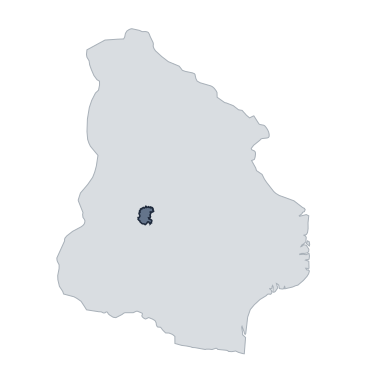 Igabi, Kaduna, Nigeria (highlighted), rotated 277°
{"feature_id": "59680162B83099166959131", "entity_name": "Igabi", "entity_type": "district", "adm_level": 2, "iso_a3": "NGA", "parent_name": "Nigeria", "parent_adm1": "Kaduna", "projection": "mercator", "projection_center": [7.565, 10.746], "detail": "fine", "context": "in_parent", "style": "filled", "palette": "slate", "viewbox_px": 384, "rotation_deg": 277, "n_neighbors": 0, "source": "geoboundaries", "source_scale": "gbopen_adm2", "svg_char_len": 6632}
<svg xmlns="http://www.w3.org/2000/svg" viewBox="0 0 384 384"><g transform="rotate(277 192 192)"><path d="M320.3,70.4L332.2,87.1L334.6,99.5L335.6,105.5L337.6,106.3L341.3,106.6L343.9,107.8L345.6,109.8L346.6,111.7L346.7,112.8L346.0,120.2L345.1,122.9L345.6,126.6L345.4,128.1L345.0,129.2L343.4,130.4L341.1,131.6L335.7,135.1L334.2,135.6L332.0,135.7L330.0,136.6L327.7,138.5L322.7,145.5L318.5,152.6L315.3,164.0L311.6,167.6L310.9,170.7L310.3,177.9L309.7,180.0L309.1,180.6L305.1,182.0L302.7,183.6L301.4,186.8L299.6,197.8L298.9,199.6L297.6,201.5L295.5,203.5L293.8,204.7L289.1,205.4L284.7,213.6L284.6,215.1L282.7,222.5L279.3,228.1L279.1,231.8L274.8,236.7L272.6,240.1L274.9,243.6L275.1,244.1L267.8,250.1L267.3,251.0L267.0,255.1L266.5,256.2L265.1,257.7L263.2,259.3L261.2,260.6L258.9,261.5L256.7,261.8L255.5,261.3L254.8,260.1L253.6,255.1L253.0,254.0L251.6,253.0L245.9,247.5L242.5,245.5L241.8,245.7L241.2,246.2L240.3,249.0L239.3,250.0L237.5,250.4L234.4,250.4L232.1,250.0L231.6,249.4L230.5,247.3L223.6,252.3L221.1,253.4L218.0,259.4L213.6,262.3L210.6,264.9L202.5,273.0L200.8,275.4L199.2,279.0L195.7,294.2L190.1,303.6L189.4,305.7L189.1,305.6L188.3,306.5L186.2,305.9L185.2,304.1L183.8,303.8L181.5,301.3L181.0,301.7L183.5,308.2L182.6,310.8L175.7,310.9L169.8,311.7L165.8,311.6L163.7,310.7L162.8,308.3L162.5,308.5L162.3,309.8L161.0,310.9L156.4,311.1L154.4,309.4L152.8,307.5L151.0,306.7L151.3,307.5L153.3,309.3L153.1,311.9L149.4,315.0L147.1,315.1L145.6,313.8L144.9,311.7L144.5,308.5L143.6,306.5L143.0,306.5L143.7,309.9L143.7,313.1L145.4,315.6L142.8,316.4L139.6,316.4L139.1,315.5L138.7,313.5L138.2,312.9L137.5,316.4L130.9,317.4L130.0,317.2L129.8,316.6L130.3,315.6L130.2,314.1L128.7,315.3L128.5,317.7L127.6,318.1L125.1,317.7L122.4,316.5L117.9,313.4L112.5,308.5L111.6,306.2L110.0,303.5L107.2,295.9L107.7,295.6L108.9,296.0L109.6,295.3L107.3,294.8L106.8,294.2L106.7,292.5L106.8,290.5L110.2,289.4L111.0,288.2L111.5,286.9L107.2,288.8L103.3,286.7L102.4,285.4L102.8,284.4L107.4,284.3L109.1,283.4L108.1,283.0L106.3,283.1L105.7,282.4L105.7,280.9L105.1,281.2L104.4,282.6L101.7,283.6L100.1,282.6L100.0,280.3L99.6,279.3L98.3,278.5L93.6,272.6L87.7,267.6L82.5,264.2L74.6,262.5L58.0,262.6L57.1,262.1L58.1,261.3L59.5,260.8L64.9,258.0L64.0,257.7L58.4,259.4L56.5,259.6L54.1,262.9L37.8,263.6L37.8,262.1L38.5,257.7L39.5,254.7L38.4,251.0L38.2,247.7L38.9,246.6L39.1,245.4L38.9,236.8L39.8,235.6L39.8,234.7L38.1,231.1L38.1,228.3L37.8,225.6L37.3,224.3L37.9,213.9L37.7,211.3L38.2,209.5L38.5,204.9L38.5,200.5L39.6,193.5L46.6,192.6L48.3,189.9L49.2,186.4L48.9,183.0L51.2,180.0L53.9,177.3L53.8,174.4L54.6,173.5L55.9,172.8L57.7,172.4L59.8,171.0L61.0,168.4L62.1,164.3L60.3,161.5L60.4,160.8L61.0,159.3L62.1,157.8L63.0,157.3L65.0,157.7L65.7,157.1L67.0,152.5L66.9,151.3L65.0,148.3L64.0,140.1L63.4,139.0L61.9,137.5L58.0,131.7L58.1,129.0L59.7,125.5L60.8,123.8L62.3,122.8L62.6,122.0L62.2,121.0L61.4,120.3L61.2,118.7L62.0,116.5L61.8,114.1L62.2,101.7L65.3,99.2L70.0,95.2L72.3,90.9L73.6,87.7L75.1,77.0L77.6,75.8L82.2,71.9L88.5,69.6L92.6,68.9L99.8,69.4L103.5,69.0L106.6,66.9L108.0,66.3L110.0,65.9L127.9,71.5L129.6,71.3L130.9,71.6L133.2,73.1L138.4,78.3L144.0,86.3L145.7,88.0L147.4,89.0L149.2,89.3L150.5,89.2L151.8,88.4L153.5,86.9L156.2,86.2L158.3,86.3L169.5,80.2L170.6,80.1L177.4,81.4L186.8,87.6L194.4,91.6L199.8,93.0L206.1,93.9L216.9,94.2L225.0,85.6L228.0,83.7L231.6,82.0L239.2,80.4L251.7,79.3L263.4,79.8L270.7,81.3L278.4,84.1L281.7,86.8L286.9,87.2L290.7,86.7L291.9,84.0L295.6,80.5L301.2,77.2L305.8,74.9L309.6,73.9L313.0,71.3L315.6,70.5L320.3,70.4ZM156.9,314.4L154.3,315.2L152.7,315.0L155.0,311.6L156.1,312.3L157.6,312.6L156.9,314.4Z" fill="#d9dde1" stroke="#a8b0b8" stroke-width="1"/><path d="M159.7,153.8L159.8,153.7L159.8,153.4L159.8,153.2L159.9,152.8L160.0,152.8L160.0,152.6L160.3,152.5L160.3,152.4L160.5,152.3L160.8,152.2L160.8,152.3L161.0,152.4L161.0,152.5L161.1,152.4L161.1,152.5L160.9,152.7L160.9,152.8L161.0,152.8L161.1,153.0L161.3,153.2L161.3,153.3L161.3,153.5L161.5,153.6L161.9,153.6L162.0,153.7L162.2,153.8L162.5,153.8L162.6,153.5L162.8,153.5L163.0,153.5L163.3,153.4L163.6,153.2L163.9,153.4L164.0,153.4L164.5,153.1L165.1,153.4L165.2,153.5L165.3,153.6L165.6,153.6L165.8,153.7L166.0,153.7L166.2,153.8L166.4,153.7L166.5,153.8L166.7,153.5L166.7,153.1L167.0,152.9L167.1,153.0L167.2,153.3L167.3,154.0L167.2,154.1L167.1,154.3L167.1,154.7L167.2,154.8L167.2,155.0L167.3,155.2L167.5,155.4L167.5,155.6L168.0,156.0L168.0,155.8L168.2,155.7L168.3,155.7L168.6,155.6L169.0,155.7L169.2,155.4L169.6,155.5L169.8,155.6L170.2,155.3L170.2,155.2L170.4,155.2L170.4,155.3L170.5,155.4L170.8,155.3L171.0,155.2L171.1,154.8L171.2,154.7L171.4,154.7L171.5,154.6L171.7,154.4L171.7,154.2L171.7,153.9L171.7,153.7L171.9,153.3L171.9,153.2L172.1,153.0L172.1,152.9L171.9,153.0L171.3,153.3L171.3,153.2L171.2,153.1L171.2,152.8L171.3,152.5L171.3,152.3L171.5,152.1L171.5,151.9L171.6,151.7L171.6,151.3L171.6,151.2L171.5,150.9L171.8,150.8L172.0,150.8L172.1,150.7L171.9,150.5L171.9,150.4L171.7,150.1L171.6,149.8L171.5,149.3L171.4,149.2L171.2,149.1L171.1,148.8L172.0,148.4L171.8,148.1L171.8,147.8L171.9,147.7L171.6,147.6L171.3,147.6L171.2,147.6L171.0,147.4L170.9,147.2L170.6,147.0L170.4,146.9L170.3,146.7L170.2,146.6L170.2,146.3L170.2,146.2L170.7,145.5L170.4,145.2L170.1,144.9L169.8,144.6L169.6,144.2L169.4,144.3L169.2,144.3L169.2,144.2L169.1,143.9L168.9,143.7L169.0,143.3L169.0,143.2L168.9,143.0L168.6,143.0L168.4,143.0L168.2,143.2L167.9,143.1L167.9,142.9L167.7,142.8L167.6,142.7L167.4,142.6L167.2,142.4L167.1,142.5L166.9,142.4L166.5,142.2L166.4,142.2L166.3,142.3L166.2,142.4L166.2,142.6L166.0,142.9L165.8,143.0L165.7,143.0L165.4,142.8L165.4,142.4L164.9,142.2L164.7,142.0L164.3,142.0L164.2,142.0L163.9,142.1L163.8,142.3L163.3,142.5L162.9,142.7L162.6,143.0L162.2,143.1L161.8,143.2L161.6,143.1L161.3,143.1L160.8,142.9L160.4,142.7L160.3,142.4L160.2,142.2L160.1,141.8L159.7,142.2L158.8,141.8L158.6,142.0L158.2,141.9L158.0,142.2L157.9,142.4L157.7,142.5L157.2,143.2L157.1,143.7L156.2,144.0L156.0,144.3L155.9,144.3L155.5,144.9L155.4,145.1L154.9,145.7L154.7,146.0L154.5,146.4L154.5,146.5L154.4,147.2L154.5,147.7L154.4,148.8L154.1,149.1L153.9,149.4L154.1,149.5L154.6,150.3L155.9,151.2L156.3,151.3L156.6,151.4L156.9,151.8L157.1,152.0L157.0,152.9L156.7,153.1L156.3,153.1L156.2,153.3L155.7,153.8L155.5,154.3L155.4,154.4L155.3,154.5L155.2,154.5L155.3,154.6L155.5,154.7L155.7,154.8L156.1,154.9L156.5,154.9L156.5,155.0L156.5,155.3L156.5,155.5L156.9,155.4L157.0,155.4L157.3,155.3L157.5,155.5L157.8,155.6L158.1,155.6L158.3,155.6L158.5,155.6L158.9,155.6L159.0,155.5L159.0,155.4L159.1,155.2L159.3,155.1L159.3,154.9L159.3,154.7L159.5,154.5L159.6,154.4L159.6,154.2L159.6,153.9L159.7,153.8Z" fill="#64748b" stroke="#1e293b" stroke-width="1.5"/></g></svg>